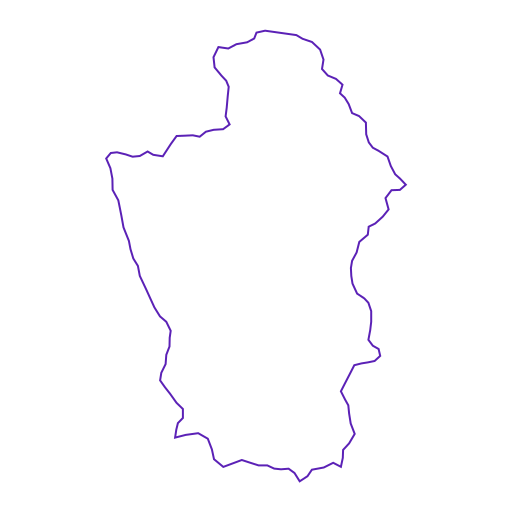 the district of Itupeva, São Paulo, Brazil
{"feature_id": "56859067B21422135247003", "entity_name": "Itupeva", "entity_type": "district", "adm_level": 2, "iso_a3": "BRA", "parent_name": "Brazil", "parent_adm1": "São Paulo", "projection": "robinson", "projection_center": [-47.066, -23.146], "detail": "fine", "context": "isolated", "style": "outline", "palette": "violet", "viewbox_px": 512, "rotation_deg": 0, "n_neighbors": 0, "source": "geoboundaries", "source_scale": "gbopen_adm2", "svg_char_len": 1903}
<svg xmlns="http://www.w3.org/2000/svg" viewBox="0 0 512 512"><path d="M340.9,466.8L342.8,457.9L343.1,449.9L349.1,443.4L354.7,433.9L350.7,423.5L349.1,413.4L348.3,405.3L345.1,399.6L340.9,391.3L345.3,382.7L349.7,374.2L354.3,365.2L361.5,363.4L367.8,362.4L374.6,361.0L380.2,355.9L378.6,349.0L372.8,345.7L368.4,339.8L370.2,330.2L371.2,321.8L371.2,311.1L368.4,302.8L364.3,298.4L357.1,293.6L352.5,283.6L351.3,276.0L350.9,268.0L352.1,260.8L356.6,252.5L359.3,241.9L367.8,234.7L368.7,226.7L375.2,223.5L382.8,216.6L388.6,209.4L385.5,198.1L391.5,190.2L399.9,189.9L405.8,184.7L400.1,178.7L395.2,174.3L390.8,166.0L387.5,156.5L378.7,150.9L372.8,147.7L368.8,142.4L366.2,134.3L365.9,122.6L359.1,116.1L352.1,113.1L348.7,104.1L344.7,97.6L340.0,93.3L342.5,84.7L336.0,78.9L327.8,75.5L322.0,69.0L323.5,59.6L320.1,49.6L312.0,42.0L302.6,38.8L296.4,35.1L265.1,30.7L256.5,32.6L254.2,38.5L247.1,42.3L236.4,44.2L228.3,48.5L218.4,47.1L213.5,57.2L214.6,67.4L221.5,75.7L226.2,80.7L228.7,86.8L227.7,96.5L226.7,107.8L225.6,116.4L229.6,124.4L223.1,129.2L213.7,129.8L205.9,131.7L199.7,136.7L192.8,135.3L184.4,135.7L176.6,136.0L170.9,143.9L162.8,156.3L153.2,154.8L147.6,151.5L139.8,156.0L132.6,156.7L125.7,154.4L117.0,152.3L110.8,153.0L106.2,158.5L110.4,168.2L112.4,178.7L112.6,189.9L118.3,200.3L119.8,207.7L121.4,215.8L123.5,227.4L128.9,240.9L130.5,249.2L133.3,258.5L137.9,265.9L139.8,275.9L146.0,289.0L150.6,299.1L154.4,307.4L160.0,316.4L166.3,321.8L170.7,330.8L169.7,337.7L169.5,346.5L166.3,354.8L165.6,364.1L161.3,372.8L160.1,380.4L165.0,387.3L170.1,393.8L176.5,402.8L182.9,409.0L182.9,418.0L177.9,423.1L176.3,429.6L175.1,437.6L185.7,434.9L198.2,433.2L207.8,438.7L211.9,449.4L214.0,459.2L223.3,466.9L236.2,462.1L241.8,460.0L250.4,462.8L258.6,465.4L267.3,465.4L274.2,468.6L281.0,469.3L288.6,468.7L294.5,473.0L299.7,481.3L307.5,476.2L311.9,469.7L323.8,467.5L333.2,462.8L340.9,466.8Z" fill="none" stroke="#5b21b6" stroke-width="2"/></svg>